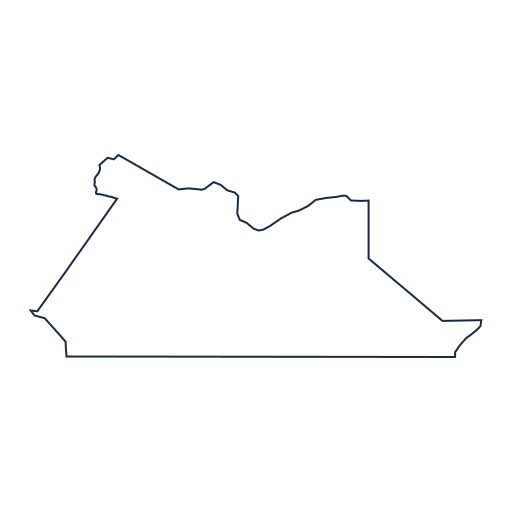 Micomiseng, Kié-Ntem, Equatorial Guinea, rotated 180°
{"feature_id": "11065452B35658646165921", "entity_name": "Micomiseng", "entity_type": "district", "adm_level": 2, "iso_a3": "GNQ", "parent_name": "Equatorial Guinea", "parent_adm1": "Kié-Ntem", "projection": "albers", "projection_center": [10.868, 2.052], "detail": "fine", "context": "isolated", "style": "outline", "palette": "slate", "viewbox_px": 512, "rotation_deg": 180, "n_neighbors": 0, "source": "geoboundaries", "source_scale": "gbopen_adm2", "svg_char_len": 1691}
<svg xmlns="http://www.w3.org/2000/svg" viewBox="0 0 512 512"><g transform="rotate(180 256 256)"><path d="M298.4,329.9L307.1,323.3L309.8,322.3L323.3,323.6L333.4,322.6L393.6,357.0L398.1,352.7L404.4,354.2L412.6,347.0L412.6,346.9L412.0,344.8L412.0,344.5L411.9,344.3L412.0,342.8L412.0,342.5L412.1,342.2L412.7,340.9L413.2,339.3L413.4,339.1L413.5,338.8L414.4,337.6L414.5,337.5L414.6,337.3L415.0,336.9L415.6,336.2L416.3,335.2L417.1,333.8L417.3,333.1L417.5,332.1L417.2,330.0L417.2,329.7L417.2,329.4L417.4,328.8L417.5,327.7L417.5,326.6L417.5,326.2L416.8,325.6L416.6,325.3L416.4,325.1L415.5,323.3L415.5,322.9L415.4,322.5L415.5,321.2L415.6,320.9L415.7,320.6L416.0,320.1L416.0,319.4L416.0,319.1L415.5,318.3L415.5,318.1L415.4,318.1L415.2,318.1L413.9,317.9L412.4,317.8L412.2,317.8L409.1,317.2L408.9,317.1L407.5,316.7L405.8,316.4L405.7,316.4L403.8,315.7L402.0,315.4L400.2,315.0L400.1,314.9L396.4,313.7L394.9,313.3L430.0,263.5L431.0,262.1L442.4,246.0L442.5,245.8L450.7,234.1L450.8,234.0L451.6,232.9L452.3,232.0L453.0,231.0L453.7,230.0L468.9,208.8L474.7,200.7L478.7,201.2L481.3,201.5L480.2,200.0L477.5,196.5L467.3,193.8L450.9,175.5L446.4,170.2L446.1,163.4L445.5,155.9L445.5,155.5L56.9,155.0L56.9,159.9L56.0,161.0L52.5,166.3L45.9,173.8L41.0,177.4L35.1,182.1L31.5,186.0L30.7,191.8L32.5,191.8L69.5,191.1L109.6,225.0L110.1,225.4L143.4,253.5L143.4,282.1L143.4,283.7L143.4,311.4L151.0,311.1L161.0,311.5L165.8,316.2L169.3,316.3L176.2,315.0L185.4,314.1L196.4,312.1L203.6,306.2L213.1,301.4L220.5,299.3L231.1,293.5L242.2,285.9L248.6,282.4L253.2,281.5L258.3,283.3L265.3,289.1L272.2,292.1L274.7,298.2L273.8,316.0L277.3,319.5L284.6,321.6L291.3,327.1L298.4,329.9Z" fill="none" stroke="#1e293b" stroke-width="2"/></g></svg>